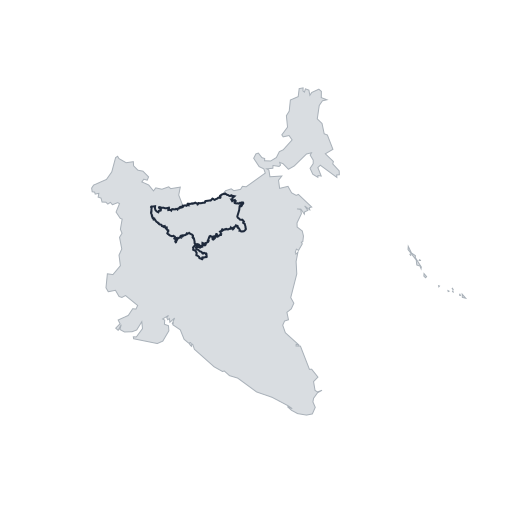 Uttar Pradesh highlighted on a map of India, rotated 321°
{"feature_id": "IND-3253", "entity_name": "Uttar Pradesh", "entity_type": "State", "adm_level": 1, "iso_a3": "IND", "parent_name": "India", "parent_adm1": "", "projection": "orthographic", "projection_center": [80.221, 27.157], "detail": "fine", "context": "in_parent", "style": "outline", "palette": "slate", "viewbox_px": 512, "rotation_deg": 321, "n_neighbors": 0, "source": "natural_earth", "source_scale": "10m", "svg_char_len": 9797}
<svg xmlns="http://www.w3.org/2000/svg" viewBox="0 0 512 512"><g transform="rotate(321 256 256)"><path d="M101.6,223.8L107.7,223.1L108.6,219.0L119.4,221.8L127.0,219.4L129.3,221.7L132.9,220.0L129.7,204.6L125.7,203.8L124.1,201.3L125.2,194.2L118.7,190.8L119.4,186.3L129.3,176.3L133.1,180.4L144.5,178.2L150.1,169.1L156.1,166.1L161.7,155.6L166.2,154.0L167.4,149.9L175.2,143.1L174.2,141.3L174.9,133.8L182.9,129.4L182.1,127.5L176.7,125.8L176.6,122.7L173.5,122.4L173.2,119.7L170.3,117.2L172.0,113.5L170.4,110.9L173.3,108.4L170.0,106.7L170.8,104.8L169.1,103.0L171.0,99.8L174.4,98.7L188.0,102.4L196.8,99.9L208.8,91.2L211.2,91.4L210.8,94.1L213.8,101.8L220.0,105.5L217.6,108.9L218.2,115.0L221.5,118.9L222.3,126.9L219.2,128.6L217.1,125.7L213.9,126.6L217.3,133.3L217.3,140.9L221.0,140.0L224.9,144.9L231.7,147.3L232.1,150.0L240.5,154.8L234.3,160.0L230.8,170.7L249.6,182.1L258.4,184.3L259.0,186.1L264.9,187.8L273.4,186.1L279.0,188.2L279.9,191.3L285.9,194.5L289.3,193.3L291.9,196.0L315.4,197.4L316.9,193.2L314.7,188.5L315.7,178.6L320.2,176.6L322.6,177.5L322.5,183.3L324.1,185.7L322.6,187.4L327.2,191.4L333.8,192.3L339.8,189.6L344.0,190.6L357.1,188.5L357.5,183.2L352.1,180.5L352.3,178.1L361.6,175.7L367.9,166.1L373.0,164.3L380.9,156.4L389.1,158.7L394.9,153.1L398.4,155.0L396.4,157.3L396.8,159.1L399.6,157.2L401.5,160.4L399.0,165.0L402.2,164.0L409.8,165.9L410.4,169.2L406.4,174.0L409.4,179.2L405.3,177.2L399.9,178.8L389.9,188.0L390.7,194.6L385.9,203.9L387.6,206.9L382.9,221.5L374.2,220.2L375.6,231.3L373.6,232.7L374.2,242.2L371.9,245.3L369.7,243.8L368.3,245.8L363.1,225.9L359.7,226.2L357.0,234.9L354.8,232.5L353.6,233.8L351.6,228.2L353.2,221.9L358.6,220.2L360.8,217.5L361.6,211.7L364.1,210.7L359.4,208.5L342.4,210.1L335.8,209.0L335.1,201.3L333.3,198.2L332.2,200.8L330.3,200.9L326.2,196.4L324.3,198.4L319.2,195.0L320.1,197.3L316.7,203.2L326.4,210.1L321.2,211.3L316.9,218.3L324.7,222.0L323.4,229.3L325.4,234.2L327.7,234.8L330.1,253.0L327.9,252.0L326.8,254.0L325.3,247.7L325.0,253.2L321.6,252.3L319.9,253.9L320.4,247.8L317.5,245.2L320.0,248.1L317.9,251.7L308.7,256.1L306.2,259.4L307.7,265.7L305.4,270.4L301.4,274.3L299.9,273.8L299.6,275.7L292.6,278.4L291.7,276.1L288.9,277.8L288.2,279.7L291.1,279.3L283.7,285.5L276.4,295.6L256.8,310.2L255.7,316.5L250.1,319.3L244.6,319.2L241.1,326.0L237.3,324.5L233.2,326.6L230.5,334.1L233.4,352.6L231.6,349.9L230.5,351.2L233.8,354.0L226.2,377.7L228.0,379.0L227.9,389.1L221.7,389.8L217.3,397.6L218.2,400.3L222.8,401.9L217.7,401.0L211.2,402.8L208.4,405.2L206.8,410.9L200.4,414.2L195.1,411.4L189.1,404.6L186.5,398.3L185.6,392.8L188.1,397.4L186.8,392.9L179.7,376.2L170.9,362.0L164.9,339.3L160.1,332.3L159.0,325.4L157.3,324.7L153.7,315.7L149.4,289.7L151.1,285.3L150.8,283.7L149.1,285.7L148.8,284.5L149.0,281.9L151.0,282.3L148.8,281.1L147.7,275.5L150.7,265.7L148.1,257.2L149.4,256.1L148.0,256.1L153.7,253.0L147.4,253.3L149.3,250.1L147.3,250.0L147.8,247.8L150.6,247.1L143.8,246.2L144.7,248.4L141.9,251.4L144.1,255.1L141.2,259.3L130.0,263.5L124.2,261.9L108.8,243.3L109.8,241.6L112.1,243.6L122.1,241.0L125.9,235.2L116.7,238.4L112.1,236.9L106.0,232.3L104.0,227.5L108.1,224.5L102.1,227.0L101.6,223.8ZM377.6,367.9L375.3,364.2L378.0,359.9L378.2,346.7L380.4,344.3L378.7,351.5L380.1,356.0L378.8,357.4L377.6,367.9ZM392.2,415.4L392.4,420.8L390.3,418.0L392.2,415.4ZM375.6,379.4L374.1,379.6L373.8,377.3L375.5,375.4L375.6,379.4ZM386.7,407.1L386.7,408.7L386.3,407.3L386.7,407.1ZM388.4,404.7L387.9,406.9L388.0,404.7L388.4,404.7ZM390.6,413.6L390.0,415.3L389.5,414.7L390.6,413.6ZM379.7,394.8L378.7,395.0L379.2,394.0L379.7,394.8ZM377.3,368.7L376.3,369.7L376.7,368.3L377.3,368.7ZM380.7,361.8L381.3,363.3L380.0,362.2L380.7,361.8ZM383.9,404.8L383.0,404.6L383.4,403.7L383.9,404.8ZM377.0,351.6L376.5,353.4L376.7,351.5L377.0,351.6Z" fill="#d9dde1" stroke="#a8b0b8" stroke-width="1"/><path d="M258.3,184.0L258.7,184.8L259.0,186.1L259.2,186.4L260.5,186.5L262.0,187.0L263.3,186.9L264.2,187.5L264.5,188.1L264.9,188.3L265.3,188.1L265.7,187.6L265.6,186.8L265.9,186.6L268.1,186.7L270.9,187.8L270.9,188.1L271.3,188.1L271.3,188.7L271.9,189.4L271.9,190.2L272.8,191.3L272.9,192.0L273.4,192.9L274.2,193.4L275.0,193.2L275.3,193.7L275.3,194.8L276.0,194.9L276.9,196.0L273.8,196.2L273.3,197.2L272.7,197.4L272.4,197.8L272.2,197.4L272.0,198.4L272.5,198.5L273.0,198.3L273.7,198.8L274.8,199.2L274.6,199.9L274.8,200.5L273.0,200.9L272.8,201.1L272.8,201.5L273.1,201.7L273.6,202.7L274.5,203.1L274.8,203.6L275.2,203.7L275.4,204.3L275.8,204.7L277.0,204.5L277.9,205.3L278.7,205.4L279.6,206.3L279.4,206.9L278.7,207.3L277.8,207.2L277.0,206.6L276.5,206.8L276.4,207.2L276.6,207.9L276.0,208.1L275.5,207.9L275.3,207.1L275.0,206.9L274.6,207.0L271.9,209.7L266.6,213.3L266.2,213.7L266.0,215.1L266.4,216.1L266.4,217.6L267.3,218.6L268.2,219.1L268.3,219.6L268.1,220.0L268.3,220.5L268.3,221.6L267.4,221.8L266.9,222.1L266.9,222.5L267.5,223.8L266.1,227.0L265.5,227.5L265.5,228.0L265.1,228.7L263.9,229.1L262.0,229.1L261.0,228.3L260.5,228.2L259.8,227.4L259.8,226.8L259.1,226.0L259.8,225.6L260.1,224.2L260.1,223.4L259.7,223.1L259.7,221.6L259.9,221.4L260.4,221.5L260.6,221.1L260.1,220.2L259.5,220.0L259.5,219.6L258.2,220.0L256.3,219.7L256.3,220.4L256.2,220.6L255.0,220.7L255.2,220.0L254.6,219.7L254.5,218.8L254.2,219.2L253.9,219.1L253.9,218.2L253.0,218.6L252.0,218.0L251.2,217.9L250.3,217.2L250.3,216.6L249.9,216.1L249.6,216.0L249.0,216.2L248.7,216.0L248.5,215.6L247.1,215.4L247.1,215.0L246.6,214.0L245.4,214.5L245.9,214.9L245.3,215.2L244.8,215.1L244.7,214.6L243.4,214.4L243.4,215.4L242.7,216.3L242.8,217.0L242.3,217.1L241.9,217.6L240.9,216.9L240.2,217.0L239.7,216.7L238.7,216.9L238.2,216.7L238.9,215.4L239.3,214.2L239.0,213.9L238.7,214.0L238.4,214.5L237.2,214.7L237.8,215.2L237.8,215.5L236.9,215.6L236.1,214.7L235.9,215.2L235.0,215.1L235.1,215.6L235.6,215.9L235.2,216.3L234.9,216.3L234.4,215.7L234.4,216.3L233.2,216.4L232.9,216.0L232.9,215.4L233.3,215.4L234.6,214.3L234.3,213.6L234.1,213.6L233.5,213.1L233.4,212.1L233.1,211.6L232.1,211.5L231.3,212.3L230.9,212.2L229.1,213.4L228.3,213.6L228.2,213.9L228.6,214.5L227.8,214.9L227.5,214.6L226.2,214.7L225.2,214.3L224.4,215.2L224.1,215.2L223.9,214.8L223.5,214.8L223.4,215.6L223.0,215.6L222.8,215.4L222.8,214.7L224.0,212.9L223.5,213.2L223.1,213.1L222.5,213.6L222.3,213.1L222.7,212.3L222.6,212.1L222.2,212.5L222.0,212.9L222.3,214.2L222.2,214.5L221.0,214.3L220.5,214.7L220.4,214.1L219.4,214.4L219.3,213.9L219.7,213.4L219.2,213.1L218.9,213.7L218.5,213.8L218.0,214.3L217.8,214.3L217.8,213.6L218.5,212.8L218.8,211.3L218.7,211.1L218.2,211.2L218.3,210.4L218.0,210.0L217.7,210.4L217.6,211.2L217.4,211.4L217.1,211.3L216.9,210.2L216.3,210.5L216.2,210.9L216.5,211.3L216.3,212.3L215.5,211.5L214.7,211.5L214.7,212.0L213.9,213.1L214.6,213.9L215.0,215.1L215.3,217.1L216.1,218.2L216.3,219.7L216.0,220.2L216.1,220.5L216.3,220.8L217.2,220.6L217.7,220.9L218.3,222.0L218.2,222.6L218.9,222.8L218.8,223.3L218.0,224.2L217.6,225.1L217.0,225.7L216.5,225.5L216.3,225.0L215.3,224.8L213.5,223.4L213.2,223.6L212.9,224.4L212.2,224.7L211.8,224.2L212.0,223.4L211.2,222.9L210.7,222.1L211.2,220.8L210.7,218.8L210.1,217.9L210.3,217.6L211.8,216.3L212.0,215.8L211.9,215.4L212.3,214.1L211.1,211.6L212.0,210.8L212.4,209.8L213.6,209.5L214.3,209.5L216.5,208.7L216.4,207.2L217.2,206.4L218.8,203.3L218.4,202.8L218.4,202.4L218.8,202.1L218.6,201.4L219.5,201.0L219.9,200.4L219.7,200.0L219.8,199.2L218.9,197.4L218.6,196.0L217.9,196.1L217.1,195.4L216.8,195.3L216.6,195.0L216.4,195.2L216.3,194.9L214.7,195.4L213.6,195.0L213.3,194.6L212.8,194.5L212.4,194.1L211.8,194.2L211.4,194.6L210.8,194.5L210.6,194.0L211.3,193.4L210.5,193.0L209.9,193.0L209.4,193.5L209.0,193.5L208.9,194.0L208.5,193.5L207.4,193.4L207.1,193.5L205.7,193.1L204.9,193.7L203.5,194.3L203.1,194.2L202.6,194.9L202.3,194.9L202.3,194.0L202.6,193.7L205.5,192.5L205.8,192.1L205.6,192.0L205.3,192.3L205.0,191.8L204.7,192.0L204.1,191.9L203.5,191.3L203.5,191.0L204.4,190.7L204.6,190.4L205.1,189.9L204.7,189.0L204.6,188.4L204.1,188.3L202.8,187.4L202.6,186.8L201.9,185.7L201.9,185.1L201.7,184.9L201.8,184.2L201.4,183.6L201.3,182.6L202.9,181.6L203.3,181.7L204.0,180.9L203.7,180.1L203.4,179.8L203.4,179.0L203.7,179.2L203.7,178.5L204.1,178.2L203.7,177.8L204.2,177.4L203.7,177.2L203.6,176.8L203.4,176.6L203.8,175.6L203.5,175.6L203.4,175.1L203.0,175.2L202.9,174.8L202.5,174.9L202.5,174.5L202.2,174.3L201.7,173.5L202.1,172.8L201.9,171.8L201.0,170.9L200.8,170.4L200.9,170.2L200.8,169.8L201.0,169.3L200.6,168.8L200.8,168.3L200.2,166.9L200.2,165.0L200.4,164.6L200.2,163.9L200.4,163.4L199.6,163.2L200.1,162.5L199.6,162.3L199.5,161.7L200.0,161.3L199.9,160.4L200.1,160.2L200.1,159.9L200.4,159.7L200.4,159.2L200.7,159.1L200.9,158.7L201.4,156.7L202.0,155.9L202.4,155.9L202.4,155.6L203.3,155.1L203.4,154.6L205.0,153.1L205.2,151.9L205.6,151.7L206.0,151.8L206.9,152.6L208.9,153.8L207.7,155.0L206.8,156.8L206.8,158.2L207.1,159.6L207.6,160.6L209.0,159.8L210.4,160.7L210.9,160.5L211.3,160.1L211.4,159.6L211.0,157.5L211.2,157.2L211.6,157.1L212.3,157.9L213.1,159.3L214.3,160.0L215.4,161.7L216.0,162.2L217.7,163.2L218.8,163.6L218.7,164.0L218.2,164.4L217.8,164.4L217.5,164.8L216.9,164.8L216.7,165.1L218.3,166.1L218.6,166.5L218.7,167.4L220.2,166.8L221.0,167.3L221.4,168.0L222.7,169.0L223.5,169.0L224.0,169.6L224.2,170.5L225.1,170.1L225.5,170.1L225.9,170.5L226.2,170.3L226.9,170.5L227.4,170.1L228.1,170.2L228.4,170.4L228.3,171.0L228.9,170.9L229.0,171.4L229.4,171.3L229.4,171.7L229.8,171.9L230.4,171.7L230.9,170.9L231.8,171.6L232.3,171.8L233.1,172.4L233.5,173.2L234.4,173.2L235.2,173.9L235.2,172.8L235.5,172.5L235.9,172.5L236.0,172.9L236.7,173.1L237.2,173.8L237.7,174.0L238.3,174.5L239.2,174.7L239.6,175.4L240.3,175.4L240.6,175.9L242.4,176.3L242.9,177.6L243.7,178.6L243.5,178.8L243.8,178.9L243.7,179.1L244.2,179.0L244.4,178.6L244.8,178.7L245.6,179.8L246.5,180.3L247.1,180.8L247.9,181.0L249.7,182.3L250.0,182.3L250.9,181.5L251.5,181.6L254.9,183.7L255.5,184.3L255.9,184.4L258.3,184.0Z" fill="none" stroke="#1e293b" stroke-width="2"/></g></svg>